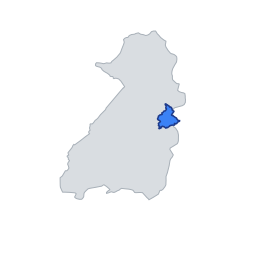 Sourou, Sourou, Burkina Faso (highlighted), rotated 131°
{"feature_id": "67063806B20155029653315", "entity_name": "Sourou", "entity_type": "district", "adm_level": 2, "iso_a3": "BFA", "parent_name": "Burkina Faso", "parent_adm1": "Sourou", "projection": "albers", "projection_center": [-3.016, 13.252], "detail": "fine", "context": "in_parent", "style": "filled", "palette": "blue", "viewbox_px": 256, "rotation_deg": 131, "n_neighbors": 0, "source": "geoboundaries", "source_scale": "gbopen_adm2", "svg_char_len": 6309}
<svg xmlns="http://www.w3.org/2000/svg" viewBox="0 0 256 256"><g transform="rotate(131 128 128)"><path d="M185.4,157.1L179.4,157.4L177.3,158.1L175.9,158.1L175.9,157.6L175.7,157.2L168.2,155.5L162.9,154.5L157.6,153.3L157.3,154.5L156.5,155.2L155.4,155.3L154.6,155.1L154.0,156.0L153.2,157.1L151.9,157.7L150.7,158.4L150.1,159.1L149.6,159.1L148.3,157.6L146.7,157.5L143.7,157.8L142.3,157.4L140.4,157.2L136.0,157.5L129.0,157.0L127.9,157.3L127.5,157.6L120.6,157.7L112.9,157.8L106.5,157.9L100.9,157.9L100.9,157.7L99.1,157.6L98.9,158.1L97.3,164.0L97.1,167.2L98.0,169.2L98.9,170.4L100.0,171.0L100.1,171.7L99.3,172.6L99.3,173.5L100.3,174.5L100.6,175.5L100.1,176.6L100.2,179.2L101.0,183.2L101.0,185.9L100.3,187.1L100.6,189.2L102.0,192.1L102.2,193.3L101.8,193.9L100.6,194.6L99.4,194.6L98.1,192.9L97.5,192.1L96.4,190.3L95.4,188.5L94.2,187.7L92.9,186.9L91.4,184.7L90.0,183.6L88.4,183.9L86.2,183.5L81.7,182.9L76.8,183.0L74.8,183.6L72.8,184.4L67.7,186.2L65.7,187.1L64.2,189.4L62.5,189.3L60.8,188.6L59.7,187.5L57.4,187.7L55.2,186.7L53.0,184.7L51.4,184.0L49.4,182.6L48.9,179.9L47.6,177.9L46.5,175.2L44.7,174.0L42.7,173.4L39.9,173.5L38.1,172.4L36.7,170.8L37.1,169.5L37.7,167.6L37.8,165.7L38.3,162.7L38.1,159.0L37.6,156.3L39.1,155.3L40.9,154.3L42.0,152.5L43.2,148.5L43.7,145.1L43.4,143.8L42.8,142.8L42.3,141.3L42.1,139.5L42.4,137.9L43.8,136.4L45.5,135.2L46.7,134.6L49.8,134.1L53.8,133.2L56.0,132.2L57.7,131.1L58.6,130.3L59.6,128.6L61.1,127.4L62.3,126.0L62.5,122.4L62.5,120.3L61.6,119.2L61.2,118.2L67.0,115.3L67.0,113.3L66.2,111.1L65.1,109.2L64.7,107.7L66.3,105.8L67.8,104.5L68.8,103.3L71.1,101.5L73.5,101.0L75.6,101.7L82.0,106.0L83.1,106.2L84.4,105.9L86.1,104.8L88.3,103.9L89.1,101.1L89.0,97.0L89.5,95.0L90.6,94.7L94.3,95.5L95.2,95.5L96.3,95.3L97.1,94.6L97.0,93.2L96.9,92.0L98.0,88.2L100.2,85.3L104.6,81.6L106.0,80.9L107.5,80.5L115.4,83.0L116.7,82.4L118.6,76.2L120.7,75.6L123.3,75.5L124.9,75.0L125.8,74.5L129.5,72.2L136.0,68.9L139.6,67.5L140.2,67.0L142.8,64.7L146.1,62.1L148.2,61.6L151.2,61.4L153.1,61.8L153.6,62.5L154.2,62.9L158.0,61.7L163.6,63.4L168.4,65.1L168.1,66.2L168.1,68.1L167.7,71.2L167.3,74.8L169.3,77.2L171.7,79.7L172.3,80.7L171.7,83.2L172.2,84.7L173.5,87.1L175.7,90.2L177.9,93.4L179.4,93.8L180.9,94.0L181.8,94.6L183.1,95.1L184.3,95.5L185.5,96.1L186.2,96.8L187.1,98.8L189.6,100.1L191.4,101.3L190.7,102.0L188.5,101.8L186.5,101.2L186.2,102.2L186.2,105.8L186.6,108.8L187.1,109.2L189.1,109.7L194.1,113.6L198.5,117.2L200.0,118.2L202.5,118.5L205.2,118.6L206.4,118.2L209.0,116.3L210.4,116.1L211.7,116.1L212.4,116.4L213.7,117.9L214.9,120.2L215.3,121.9L215.2,122.8L214.8,123.1L212.6,123.6L211.7,124.0L211.5,124.5L211.8,125.6L212.3,126.3L214.7,129.6L218.2,134.0L219.3,135.2L218.8,136.5L217.1,140.1L215.8,141.5L210.1,146.6L207.3,146.1L201.4,147.2L200.4,146.1L199.1,146.0L197.3,146.2L196.7,146.6L196.5,147.1L195.9,147.8L194.9,149.8L194.0,150.3L193.0,150.6L191.7,150.6L190.9,150.9L190.9,151.9L190.7,152.7L189.9,153.2L189.5,154.1L189.6,155.0L189.1,155.5L188.0,155.3L187.3,155.0L186.7,156.2L185.9,157.1L185.4,157.1Z" fill="#d9dde1" stroke="#a8b0b8" stroke-width="1"/><path d="M101.3,112.0L101.4,111.9L101.5,111.7L101.7,111.4L101.8,111.3L101.8,111.2L102.0,111.2L102.1,110.8L102.0,110.1L101.9,109.8L101.8,109.6L101.8,109.4L101.7,109.2L101.7,108.7L101.7,108.2L101.8,107.9L102.0,107.7L103.4,107.9L104.1,108.0L104.3,108.1L104.6,108.0L104.7,107.9L104.8,107.9L104.9,107.7L105.0,107.5L105.1,107.4L105.3,107.2L105.5,106.9L105.6,106.7L105.7,106.4L105.8,106.3L106.0,106.4L106.0,106.2L106.2,105.9L106.2,105.7L106.3,105.7L106.4,105.4L106.5,105.3L106.6,105.2L106.8,105.1L107.0,105.0L107.0,104.9L107.1,104.7L107.4,104.3L107.5,104.2L108.0,104.2L107.9,104.0L107.9,103.9L107.6,103.7L107.1,103.5L106.1,103.1L106.1,103.3L106.0,103.5L105.9,103.6L105.9,103.8L105.7,103.9L105.3,103.7L104.1,103.2L104.0,102.9L104.0,102.7L103.9,102.5L103.8,102.3L103.7,102.2L103.6,101.9L103.4,101.9L103.3,101.7L103.3,100.8L103.3,99.8L103.3,99.4L103.2,99.3L103.1,99.2L102.9,99.2L102.9,99.3L102.7,99.3L102.4,99.3L102.3,99.2L102.2,99.2L101.9,98.9L101.8,98.7L101.8,98.4L101.7,98.3L101.3,98.3L101.0,98.2L100.6,98.1L99.9,98.0L99.7,97.9L99.3,97.9L99.2,97.9L98.8,97.7L98.7,97.8L98.6,97.7L98.4,97.7L98.2,97.5L98.0,97.4L97.9,97.4L97.7,97.3L97.6,97.1L97.4,97.0L97.3,96.9L97.2,96.7L96.8,96.5L96.5,96.1L96.3,95.9L96.2,95.8L96.1,95.7L95.3,94.9L95.1,94.9L94.8,94.9L94.6,95.1L94.3,95.8L94.1,95.9L93.8,95.6L93.6,94.9L93.3,94.6L92.8,94.2L92.7,94.2L92.4,94.2L92.1,94.2L91.8,94.3L91.3,94.4L90.9,94.4L90.4,94.1L89.9,93.9L89.7,93.8L89.2,93.6L88.9,93.6L88.6,93.9L88.7,94.0L89.2,94.6L89.3,94.8L89.3,95.3L89.3,95.7L89.3,95.8L89.3,96.3L89.2,96.6L89.2,97.0L89.0,97.4L88.8,97.7L88.7,98.0L88.8,98.5L89.0,99.3L89.1,100.6L89.2,101.1L89.2,101.9L89.2,102.1L89.6,102.6L89.6,102.8L89.7,103.1L89.7,103.3L89.6,103.7L89.3,103.9L88.9,103.9L88.2,104.0L87.3,104.0L87.1,104.1L86.7,104.1L86.3,104.1L85.9,104.1L85.4,104.2L85.3,104.3L85.2,104.5L85.4,105.1L85.5,105.7L85.5,106.0L85.5,106.4L85.2,106.7L85.1,106.8L85.0,107.0L84.8,107.2L84.7,107.2L84.7,107.3L84.7,107.5L84.6,107.8L84.5,108.0L84.4,108.0L84.2,108.3L84.2,108.5L84.1,108.8L84.2,108.7L84.1,108.9L84.2,109.0L84.3,109.3L84.3,109.5L84.3,109.9L84.4,110.0L84.6,110.1L84.8,110.2L84.8,110.3L84.8,110.5L84.7,110.6L84.7,110.8L84.7,111.0L84.6,111.3L84.4,111.6L84.5,111.9L84.6,112.4L84.7,112.5L84.8,112.7L84.8,112.9L84.7,113.3L84.7,113.5L84.8,113.6L84.8,113.8L84.9,114.2L85.0,114.5L84.9,114.8L84.9,115.0L85.0,115.3L85.2,115.5L85.3,115.5L85.5,115.6L85.8,115.4L85.9,115.2L86.0,115.1L86.1,114.9L86.1,114.5L86.2,114.4L86.2,114.1L86.3,113.8L86.4,113.6L86.5,113.5L86.7,113.4L87.0,113.2L87.4,113.1L87.7,112.9L87.9,112.8L88.0,112.7L88.2,112.4L88.3,112.3L88.3,112.1L88.2,111.9L88.2,111.7L88.3,111.5L88.5,111.4L88.9,111.2L89.2,111.2L89.4,111.2L89.7,111.2L89.9,111.2L90.1,111.2L90.3,111.2L90.5,111.1L91.0,111.4L91.1,111.5L91.3,111.7L91.5,111.9L91.7,112.0L92.0,111.9L92.3,111.9L92.5,111.9L92.9,111.8L93.2,111.8L93.4,111.9L93.8,112.1L94.0,112.1L94.2,112.3L94.3,112.3L94.5,112.3L94.6,112.2L94.8,111.9L95.0,111.6L95.1,111.3L95.3,111.3L95.4,111.2L95.5,111.2L95.7,111.3L95.9,111.5L96.1,111.7L96.3,111.8L96.5,112.0L96.8,112.1L97.0,112.3L97.2,112.5L97.3,112.5L97.6,112.5L97.8,112.6L98.2,112.6L99.0,112.8L99.1,112.7L99.3,112.7L99.5,112.5L99.7,112.4L99.9,112.3L100.0,112.2L100.3,112.1L100.6,112.0L100.9,112.0L101.1,112.0L101.3,112.0Z" fill="#3b82f6" stroke="#1e3a8a" stroke-width="1.5"/></g></svg>